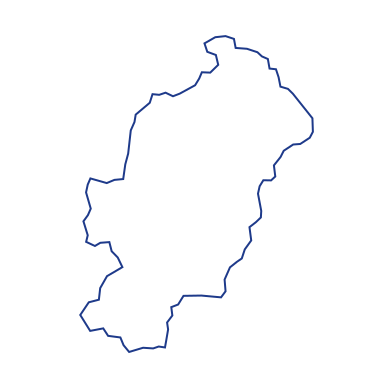 Tabaí, Rio Grande do Sul, Brazil (orthographic projection), rotated 350°
{"feature_id": "56859067B50369544487045", "entity_name": "Tabaí", "entity_type": "district", "adm_level": 2, "iso_a3": "BRA", "parent_name": "Brazil", "parent_adm1": "Rio Grande do Sul", "projection": "orthographic", "projection_center": [-51.732, -29.667], "detail": "fine", "context": "isolated", "style": "outline", "palette": "blue", "viewbox_px": 384, "rotation_deg": 350, "n_neighbors": 0, "source": "geoboundaries", "source_scale": "gbopen_adm2", "svg_char_len": 1309}
<svg xmlns="http://www.w3.org/2000/svg" viewBox="0 0 384 384"><g transform="rotate(350 192 192)"><path d="M131.1,153.2L126.5,167.3L117.7,166.6L109.6,168.4L94.3,161.0L90.6,166.6L87.6,174.0L89.4,190.8L85.5,196.7L80.0,202.0L81.8,216.5L79.1,222.7L87.0,228.3L92.9,226.1L101.9,227.0L102.6,236.4L107.5,243.6L110.4,253.9L93.7,260.1L84.9,270.7L81.6,281.9L71.2,282.7L60.6,293.7L67.6,311.1L80.9,310.9L84.4,319.1L96.2,322.8L98.0,331.0L102.3,338.6L116.8,336.9L126.6,339.3L132.4,338.4L138.4,340.4L140.6,334.4L144.6,323.2L144.8,316.2L151.2,310.2L151.6,301.8L158.8,300.4L165.6,292.8L183.2,295.6L202.3,300.8L207.8,295.6L208.9,283.9L216.3,272.8L224.0,268.6L229.5,266.1L234.0,257.7L241.9,250.0L242.5,236.6L249.7,232.8L255.4,229.0L256.9,222.7L256.7,205.1L259.6,198.1L264.3,192.8L271.9,194.3L276.7,191.2L277.3,180.0L285.3,172.9L289.5,167.3L299.9,162.8L306.9,163.5L317.4,159.0L321.5,153.7L323.4,140.3L308.4,112.7L304.4,107.1L297.4,103.6L297.2,94.0L296.0,85.7L289.8,83.9L289.8,74.2L284.4,70.6L280.7,65.7L271.0,60.5L260.0,57.7L259.9,48.5L252.1,44.3L241.8,43.6L230.1,47.8L231.4,56.6L239.3,61.2L239.9,71.3L230.7,77.6L222.5,75.8L218.8,81.5L213.6,87.4L197.0,93.0L189.9,94.4L183.2,89.6L176.6,90.6L170.1,88.8L165.9,96.8L150.0,106.0L147.5,113.1L142.4,120.7L135.8,143.1L131.1,153.2Z" fill="none" stroke="#1e3a8a" stroke-width="2"/></g></svg>